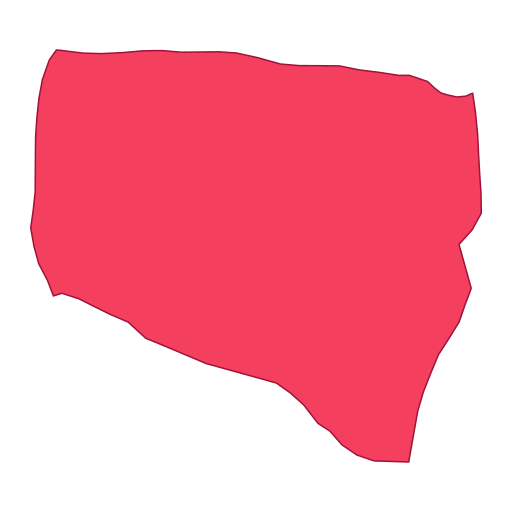 outline of Wadrah, Hajjah, Yemen
{"feature_id": "15242507B24431012567492", "entity_name": "Wadrah", "entity_type": "district", "adm_level": 2, "iso_a3": "YEM", "parent_name": "Yemen", "parent_adm1": "Hajjah", "projection": "albers", "projection_center": [43.471, 15.714], "detail": "fine", "context": "isolated", "style": "filled", "palette": "rose", "viewbox_px": 512, "rotation_deg": 0, "n_neighbors": 0, "source": "geoboundaries", "source_scale": "gbopen_adm2", "svg_char_len": 1060}
<svg xmlns="http://www.w3.org/2000/svg" viewBox="0 0 512 512"><path d="M56.4,50.0L49.3,60.0L42.4,79.5L38.9,98.5L36.9,117.6L35.6,136.2L35.4,154.9L35.3,172.3L35.2,191.7L33.2,210.3L30.7,227.9L34.1,246.9L38.8,263.9L47.4,280.2L53.4,295.9L62.0,293.3L78.9,298.8L94.4,306.6L110.2,314.4L128.1,322.1L145.8,338.3L163.6,345.6L206.3,363.6L276.3,383.0L290.5,393.1L290.9,393.5L303.5,404.7L318.0,423.4L330.0,431.2L342.1,445.0L357.0,455.1L374.1,460.9L408.7,462.0L417.8,410.9L423.3,392.2L430.3,374.3L438.4,354.8L448.8,338.7L459.2,321.8L465.1,304.6L470.0,291.8L471.2,288.2L459.0,244.4L472.1,229.9L481.3,213.2L481.0,193.4L479.7,174.0L479.0,161.6L478.6,155.0L477.6,134.1L475.4,111.7L472.7,93.3L470.9,93.8L469.4,94.6L467.5,95.4L466.0,96.1L456.9,97.0L447.0,94.8L440.8,92.9L434.0,87.6L427.6,81.5L409.1,75.3L399.0,75.4L378.8,72.3L358.5,69.8L339.5,65.9L320.2,65.7L298.9,65.6L280.3,64.0L258.2,57.8L236.5,53.0L219.0,51.8L201.1,52.0L181.4,52.2L162.5,50.6L154.9,50.6L141.9,50.9L122.5,52.6L101.7,53.6L82.7,53.1L60.6,50.3L56.4,50.0Z" fill="#f43f5e" stroke="#9f1239" stroke-width="1.5"/></svg>